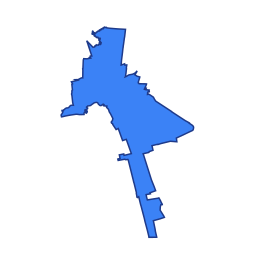 Titu, Dâmbovita, Romania, rotated 30°
{"feature_id": "2599482B39666992432313", "entity_name": "Titu", "entity_type": "district", "adm_level": 2, "iso_a3": "ROU", "parent_name": "Romania", "parent_adm1": "Dâmbovita", "projection": "orthographic", "projection_center": [25.555, 44.638], "detail": "fine", "context": "isolated", "style": "filled", "palette": "blue", "viewbox_px": 256, "rotation_deg": 30, "n_neighbors": 0, "source": "geoboundaries", "source_scale": "gbopen_adm2", "svg_char_len": 5370}
<svg xmlns="http://www.w3.org/2000/svg" viewBox="0 0 256 256"><g transform="rotate(30 128 128)"><path d="M200.8,212.2L206.4,208.9L207.4,208.3L207.5,208.2L203.5,203.9L202.0,202.0L196.3,195.6L201.2,190.6L204.2,187.2L202.9,186.3L196.9,183.1L195.4,180.1L194.8,178.0L195.2,177.4L195.7,177.5L196.0,177.2L195.8,176.9L194.1,175.9L192.3,174.6L189.7,173.1L189.3,173.6L186.0,176.3L180.7,180.6L178.5,178.4L177.0,176.6L180.3,173.8L179.4,173.1L180.3,172.1L183.3,168.5L180.2,165.9L174.1,161.1L154.0,142.7L158.2,138.8L158.3,138.4L158.2,138.1L158.3,137.7L160.8,134.8L157.6,131.3L160.6,128.4L162.0,127.2L162.2,127.3L164.3,125.0L171.1,118.5L171.5,118.2L172.6,117.7L177.2,115.5L174.9,112.5L185.2,97.7L185.3,97.1L185.1,96.1L184.7,95.1L184.4,94.5L183.7,93.9L182.5,93.5L178.5,93.2L178.5,92.9L173.9,93.0L157.6,92.1L157.5,91.9L157.0,91.9L139.3,90.9L138.7,90.9L136.6,89.9L134.6,88.6L130.1,88.3L128.9,88.4L128.1,89.2L127.8,88.6L127.8,88.1L127.4,87.7L127.2,87.4L127.2,86.9L127.6,86.5L128.1,86.3L128.3,85.9L127.9,85.4L127.5,85.6L127.3,84.6L124.3,85.9L122.8,86.3L122.7,85.8L124.1,85.3L124.0,85.2L123.9,84.4L122.6,84.8L122.5,83.8L122.6,83.7L122.5,83.4L122.2,81.1L122.0,80.6L121.3,80.9L118.4,82.5L115.7,84.0L115.6,83.8L115.2,84.0L114.3,83.8L113.9,82.9L113.0,78.8L112.7,77.9L110.0,78.6L107.4,78.5L107.5,74.7L107.2,74.6L107.0,75.5L106.7,76.7L105.9,78.0L105.0,79.2L102.2,81.6L101.6,82.6L101.1,83.6L100.6,84.4L100.1,85.0L100.1,84.8L100.0,84.4L99.3,82.8L99.0,82.3L99.0,81.9L97.8,79.2L97.0,77.3L96.8,77.2L96.2,76.1L95.7,74.6L95.4,74.0L93.9,75.1L93.3,74.5L93.0,74.4L92.9,74.2L90.6,76.9L88.4,72.3L85.5,65.4L83.9,61.8L83.4,60.5L83.0,59.6L82.7,58.9L82.3,57.8L79.8,51.7L79.7,51.3L79.4,50.5L76.5,43.8L69.4,47.4L62.2,50.8L59.6,51.9L59.2,51.7L58.8,51.7L58.7,51.9L58.2,52.1L57.9,52.6L57.3,52.3L56.8,53.0L56.7,53.5L56.8,53.7L56.9,54.3L56.1,54.3L56.0,54.7L56.1,54.9L56.1,55.2L56.0,55.3L55.3,55.5L55.4,55.9L55.7,56.2L55.6,56.3L55.1,56.5L54.9,56.7L55.0,57.3L54.7,57.3L54.5,57.5L54.3,57.4L54.2,57.6L54.3,58.0L54.7,58.0L54.6,58.4L54.5,58.6L54.2,58.7L54.0,58.9L53.9,58.8L53.6,59.0L53.3,59.6L53.2,59.9L53.3,60.2L52.7,60.8L52.8,61.5L52.5,61.9L52.5,62.2L52.2,62.5L51.7,62.3L51.4,62.2L51.1,62.7L50.8,62.6L50.3,62.6L49.7,62.3L49.6,61.9L49.1,61.7L48.9,61.8L49.0,62.3L49.4,62.7L49.4,63.2L49.8,63.4L50.3,63.4L50.4,64.0L50.1,64.1L49.9,64.2L49.8,64.5L50.2,64.6L50.4,64.4L51.1,64.3L51.2,64.0L51.5,63.6L51.9,64.0L52.4,63.9L52.4,64.1L52.6,64.2L52.7,64.5L52.6,65.0L52.9,65.1L53.3,65.1L53.5,65.0L53.7,64.7L53.9,64.8L54.1,65.1L54.6,65.0L55.4,65.4L55.5,65.4L55.8,65.0L56.0,64.7L56.6,64.5L56.8,64.9L57.1,64.8L57.4,65.1L57.8,65.2L58.0,65.2L58.7,64.3L58.9,64.2L59.4,64.6L59.5,65.7L59.1,66.0L58.9,65.9L58.8,66.0L58.7,66.3L59.2,66.7L59.5,66.8L59.7,66.6L59.8,66.7L60.2,67.2L60.7,67.0L60.8,67.3L61.1,67.6L61.1,67.8L61.0,68.0L61.6,67.8L61.8,67.5L62.0,67.4L62.2,67.6L62.3,68.0L61.9,68.3L61.8,68.5L61.6,68.7L61.6,68.8L61.9,69.0L62.4,69.1L62.5,69.2L62.4,69.5L62.0,69.7L61.6,69.7L61.2,69.9L61.0,69.7L60.9,69.8L60.7,70.1L61.0,70.6L60.9,71.1L60.2,71.3L59.7,71.8L58.9,71.8L58.9,72.2L59.2,72.4L59.2,72.6L59.0,73.1L58.4,73.2L58.3,73.4L58.3,74.2L58.5,74.5L57.3,75.6L48.5,73.1L48.9,73.3L52.6,76.5L52.6,76.4L53.5,77.2L53.3,77.2L60.6,83.7L59.5,84.4L59.7,84.6L59.8,84.8L60.0,85.4L59.5,85.6L59.2,86.3L59.5,86.5L60.4,85.9L60.6,86.0L60.8,86.1L57.7,88.7L55.0,90.1L55.2,90.5L55.2,91.3L59.2,99.0L59.1,99.3L59.9,100.3L62.8,105.5L63.7,107.2L63.3,107.3L62.3,108.3L60.8,110.7L60.4,111.2L61.0,111.4L60.6,111.8L59.8,111.5L58.2,112.5L59.8,112.5L55.9,116.3L57.9,117.5L57.5,118.2L60.9,122.9L60.7,123.4L60.8,123.8L60.9,124.1L61.3,124.6L61.9,125.8L62.1,126.8L63.2,127.9L67.5,133.8L69.3,135.6L68.6,135.9L67.0,137.2L66.8,137.7L66.6,139.2L66.1,140.3L65.8,140.7L64.6,141.5L63.9,142.7L63.6,144.0L63.3,144.3L63.1,144.7L63.2,145.2L63.0,145.4L62.1,145.7L62.2,146.2L63.1,146.1L63.3,146.2L63.6,146.6L63.6,147.4L63.8,148.3L63.5,149.6L63.6,150.0L63.7,150.4L64.2,150.8L64.7,151.5L64.8,151.6L65.0,151.5L65.6,151.0L67.7,149.0L70.8,146.3L76.2,142.0L77.4,141.4L79.2,140.7L83.2,138.3L83.2,138.2L82.6,137.4L82.5,136.9L82.4,136.1L82.6,135.8L82.9,135.6L84.2,136.1L84.4,136.1L84.6,135.7L84.7,134.8L84.5,134.1L84.1,133.7L83.9,133.8L83.7,134.5L83.2,134.8L82.9,134.9L82.5,134.7L83.1,134.3L83.2,134.1L83.1,133.9L82.9,133.9L82.0,134.2L81.8,134.0L81.7,133.6L81.8,133.4L82.2,133.3L82.5,133.3L82.8,133.3L82.9,132.5L83.3,131.7L83.3,131.4L83.1,130.9L82.0,131.0L81.7,130.8L81.6,130.6L81.6,130.4L82.0,129.9L82.0,129.2L84.4,127.2L84.7,126.2L85.7,124.1L86.1,123.2L86.8,122.4L88.0,121.5L88.9,121.3L89.3,121.4L89.6,121.6L90.3,122.1L92.2,122.5L92.6,122.5L93.1,122.3L93.6,121.9L93.9,121.1L94.3,120.8L94.4,120.6L94.4,120.1L94.5,119.8L94.8,119.7L95.5,119.7L95.7,119.9L95.6,120.7L95.7,120.9L96.0,120.9L98.8,119.6L99.0,120.6L99.2,120.9L101.2,121.4L102.2,122.0L103.7,123.4L105.8,124.5L110.1,127.3L110.7,129.1L110.7,129.5L110.7,130.0L110.5,130.5L110.5,131.1L110.7,131.5L111.0,131.8L111.5,132.0L112.2,131.8L112.5,131.9L112.9,132.5L118.5,135.3L119.8,133.3L129.6,141.6L132.2,138.7L143.7,148.5L138.3,153.7L137.3,152.6L133.9,155.6L136.3,158.3L134.7,160.0L135.7,161.0L140.9,156.6L141.5,156.7L141.9,156.6L143.6,155.3L144.3,155.7L158.7,170.6L160.0,172.0L161.1,173.0L167.7,179.9L167.9,180.5L169.5,182.3L169.6,182.5L170.1,183.1L170.5,183.5L171.0,183.5L171.3,183.1L171.4,182.5L171.6,182.1L177.4,188.2L178.2,188.9L187.6,198.4L189.2,200.2L195.8,206.8L200.0,211.2L200.8,212.2Z" fill="#3b82f6" stroke="#1e3a8a" stroke-width="1.5"/></g></svg>